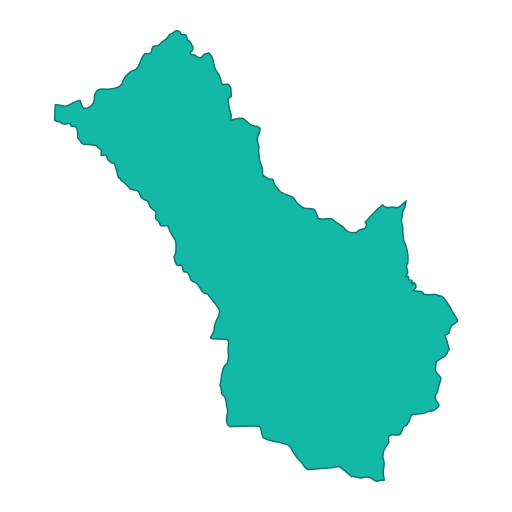 outline of Yen Minh, Hà Giang, Vietnam
{"feature_id": "81297802B77958779459732", "entity_name": "Yen Minh", "entity_type": "district", "adm_level": 2, "iso_a3": "VNM", "parent_name": "Vietnam", "parent_adm1": "Hà Giang", "projection": "natural_earth1", "projection_center": [105.183, 23.071], "detail": "fine", "context": "isolated", "style": "filled", "palette": "teal", "viewbox_px": 512, "rotation_deg": 0, "n_neighbors": 0, "source": "geoboundaries", "source_scale": "gbopen_adm2", "svg_char_len": 6003}
<svg xmlns="http://www.w3.org/2000/svg" viewBox="0 0 512 512"><path d="M351.6,476.6L351.8,476.4L352.7,476.4L360.8,478.0L363.0,477.7L364.6,477.1L367.2,477.0L370.4,477.8L371.8,478.5L373.0,479.6L375.8,481.0L376.9,481.3L382.4,480.1L383.5,480.4L384.1,480.3L384.2,478.9L383.6,476.6L383.2,472.3L384.2,463.9L383.9,461.2L383.2,459.0L382.9,456.9L383.3,452.1L384.0,450.2L385.7,447.1L388.7,442.3L388.5,437.0L388.9,436.2L389.3,435.8L391.3,435.0L393.2,434.8L396.3,435.1L398.7,435.0L400.6,433.8L401.6,431.8L403.3,427.2L403.8,426.6L406.2,425.5L407.0,424.7L408.9,421.7L411.0,416.0L412.3,414.6L423.2,413.4L428.7,411.4L431.8,411.0L433.6,410.4L436.5,408.6L438.3,406.8L439.0,405.6L438.8,404.7L437.9,403.1L436.2,400.5L435.2,398.4L435.2,396.4L435.4,395.4L436.7,393.4L437.8,391.2L437.8,389.1L440.7,380.0L440.7,378.6L440.6,377.5L439.4,375.8L436.2,372.3L435.3,370.3L435.4,368.6L435.7,367.5L435.9,363.4L436.6,361.6L441.2,358.1L444.1,356.7L445.5,355.4L446.9,353.7L448.2,350.2L448.8,349.6L449.3,349.5L447.1,341.5L445.0,335.5L445.3,335.1L448.6,333.4L449.2,332.8L450.1,328.7L451.3,326.4L452.1,325.4L454.6,323.7L457.3,321.4L457.4,320.7L457.4,319.8L452.3,311.4L449.8,306.8L447.1,302.4L445.1,300.1L443.6,297.7L441.3,296.1L440.1,296.0L435.8,294.5L431.3,294.5L429.6,294.9L427.8,294.6L424.1,294.4L423.7,294.1L422.9,292.7L421.2,291.4L414.2,290.9L413.2,290.3L415.2,288.4L415.9,287.2L415.8,285.0L414.9,283.6L414.0,282.6L413.5,282.4L413.1,282.8L412.5,284.0L411.7,283.8L411.6,283.3L412.0,281.0L411.2,280.2L409.5,280.0L408.6,279.3L408.5,276.8L408.2,276.4L407.7,276.3L406.3,277.0L405.0,277.2L405.0,276.5L406.2,275.5L406.8,274.6L407.6,272.8L407.6,271.4L406.6,266.6L406.6,265.6L407.1,264.2L407.7,263.1L408.0,262.1L407.9,254.8L406.7,248.5L405.2,243.9L404.3,242.0L403.6,239.9L402.7,231.6L402.9,228.3L401.7,223.1L401.5,219.6L402.8,211.7L405.1,206.3L406.0,201.3L404.7,202.2L400.3,206.2L398.0,207.5L396.0,207.6L392.7,207.1L391.0,207.1L388.8,207.6L387.3,207.6L384.3,206.5L382.6,204.9L378.0,208.6L370.4,216.5L365.7,221.8L365.1,222.5L366.1,223.3L366.3,224.2L366.3,225.1L365.7,227.5L365.1,228.2L364.4,228.7L359.5,229.9L358.2,230.6L356.0,232.9L354.2,232.5L351.5,232.6L349.0,232.2L347.1,231.0L344.9,229.1L343.5,227.2L335.1,221.6L332.4,219.3L331.2,218.9L326.9,218.6L322.5,219.1L318.7,218.7L317.7,217.2L316.8,214.4L315.2,210.9L313.9,209.3L311.0,208.7L304.9,208.3L302.5,207.2L297.9,204.2L295.6,201.0L293.9,198.3L291.7,196.5L288.1,195.4L284.2,193.8L280.3,191.8L274.5,184.7L273.0,179.5L272.5,179.3L269.6,179.2L268.7,178.9L263.5,175.7L263.0,175.2L262.6,174.4L262.5,169.2L261.4,165.0L259.7,161.0L258.6,150.9L258.9,146.7L257.3,141.0L257.2,139.8L257.3,138.4L258.4,135.0L259.7,131.8L260.1,129.2L260.0,128.3L259.2,127.5L256.8,126.3L254.2,126.0L252.1,125.5L250.0,124.2L247.3,122.2L244.1,119.1L241.9,118.3L239.4,118.2L232.8,119.7L230.6,120.7L231.2,116.5L231.1,114.7L229.8,109.9L229.2,108.4L228.0,99.4L228.3,98.7L228.8,98.1L230.9,96.9L231.2,96.6L231.3,95.9L230.8,88.1L229.8,86.0L228.5,84.5L227.2,84.1L223.5,84.7L222.8,84.4L221.6,83.1L219.1,74.9L215.3,69.3L213.7,63.9L212.9,59.7L211.8,56.7L211.1,55.5L208.6,52.8L207.1,53.5L204.3,54.2L202.9,55.5L201.6,57.3L199.9,57.9L197.4,56.9L194.7,55.0L192.1,54.8L191.0,54.3L190.5,53.5L190.5,52.7L192.5,50.2L193.0,49.0L192.8,46.8L191.0,43.4L189.5,41.2L187.5,40.1L186.5,36.6L186.2,35.8L185.6,35.1L184.9,34.6L182.1,34.7L181.0,34.4L180.6,32.9L179.7,31.6L178.4,31.0L176.6,30.7L175.7,30.9L175.0,31.2L172.5,33.3L169.6,34.6L166.3,39.0L162.8,41.2L158.6,45.3L156.8,45.9L153.9,46.2L153.2,46.7L152.6,47.4L152.0,48.9L151.6,51.2L150.5,53.1L148.8,53.7L146.0,53.6L144.9,53.8L144.3,54.3L143.3,55.5L141.6,58.6L138.6,66.2L136.3,69.0L134.9,70.0L131.2,71.3L129.5,72.5L125.8,76.1L123.2,80.3L122.2,83.4L120.7,85.3L118.7,86.8L116.4,87.8L112.7,88.7L107.9,89.3L100.8,89.0L99.1,89.6L97.5,90.4L96.1,92.0L95.0,93.8L94.4,96.9L94.3,100.0L93.5,102.7L91.9,105.1L89.7,107.0L87.1,108.1L84.0,108.3L83.1,107.8L81.6,105.1L80.3,101.1L79.8,100.5L78.8,100.4L74.8,102.1L66.9,106.0L64.5,106.1L56.2,104.6L55.5,104.7L55.2,105.6L54.6,120.3L56.5,121.2L60.5,122.3L62.8,123.9L65.3,124.1L68.5,123.5L69.8,123.6L70.5,123.9L71.1,126.1L75.3,126.7L76.4,127.4L76.8,128.2L77.5,131.3L77.9,137.9L78.2,138.7L80.1,140.6L81.4,142.8L83.4,144.2L91.0,144.7L96.1,145.5L98.5,147.9L101.3,150.2L101.6,150.9L101.2,152.6L101.2,155.3L101.6,155.6L104.1,154.9L105.4,154.9L106.0,155.3L106.9,156.7L108.3,160.3L111.0,162.4L112.1,163.0L114.1,163.3L114.6,164.0L115.0,164.7L115.7,168.5L116.8,171.0L117.5,174.5L118.7,178.1L120.2,178.1L120.7,180.0L123.7,182.2L126.4,184.7L130.2,188.9L137.5,190.9L139.2,192.5L141.0,197.2L141.9,198.1L144.5,199.8L146.2,200.3L148.0,201.6L149.8,206.0L150.3,206.8L152.0,208.8L155.5,211.3L156.1,212.3L156.1,214.1L155.5,215.8L155.5,217.2L155.8,218.5L156.3,219.7L158.2,220.9L159.0,222.1L160.3,225.1L160.9,225.7L161.5,226.0L166.9,225.6L167.6,226.1L168.3,227.1L170.1,231.4L172.1,235.2L175.4,240.4L175.7,242.2L176.0,245.2L175.9,251.7L175.2,254.3L174.0,256.4L174.0,257.5L175.3,262.0L176.0,263.9L177.2,265.2L177.8,265.5L181.1,265.2L181.8,265.3L182.1,265.8L182.8,269.6L183.3,271.1L184.4,272.0L186.0,271.9L187.4,272.5L188.3,273.7L189.9,276.7L190.6,279.6L191.3,280.5L195.6,282.7L198.1,284.9L202.0,291.2L203.6,292.7L205.7,293.7L207.6,293.8L208.9,295.8L215.9,304.5L219.1,309.5L219.3,309.9L219.5,311.6L218.9,315.8L216.7,319.7L215.1,323.7L214.3,327.3L214.1,330.6L213.6,332.0L210.6,337.3L210.6,337.8L211.1,338.4L212.5,338.8L227.3,339.4L227.8,339.8L228.2,340.8L228.5,341.9L228.1,349.8L228.5,356.8L228.1,360.5L227.3,362.9L224.5,365.9L223.1,368.6L221.6,375.0L221.1,380.0L219.9,385.3L221.2,388.3L221.7,393.3L222.2,394.4L224.5,396.6L225.4,398.6L226.0,401.0L226.6,405.7L227.5,409.6L227.5,412.8L226.6,417.7L226.8,422.4L227.1,423.4L228.2,425.3L229.8,426.6L252.0,426.0L259.8,426.3L260.8,428.5L262.2,435.4L262.6,436.8L263.2,437.7L267.8,439.8L273.9,441.4L279.3,442.4L285.7,444.0L288.6,445.4L290.4,447.1L294.7,454.5L298.5,459.5L301.8,462.6L304.0,466.1L307.2,469.4L309.2,469.5L328.7,468.0L332.8,467.6L335.4,466.9L338.9,466.7L340.1,467.2L343.6,469.8L351.6,476.6Z" fill="#14b8a6" stroke="#0f766e" stroke-width="1.5"/></svg>